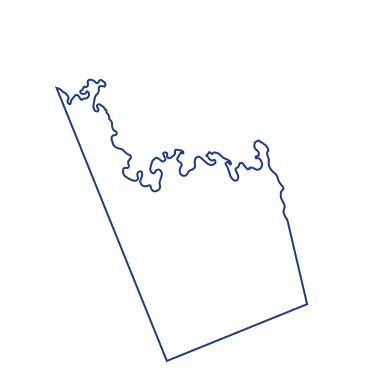 La Pedrera, Amazonas, Colombia (Natural Earth projection), rotated 338°
{"feature_id": "7082276B17674180496874", "entity_name": "La Pedrera", "entity_type": "district", "adm_level": 2, "iso_a3": "COL", "parent_name": "Colombia", "parent_adm1": "Amazonas", "projection": "natural_earth1", "projection_center": [-69.992, -1.195], "detail": "fine", "context": "isolated", "style": "outline", "palette": "blue", "viewbox_px": 384, "rotation_deg": 338, "n_neighbors": 0, "source": "geoboundaries", "source_scale": "gbopen_adm2", "svg_char_len": 6036}
<svg xmlns="http://www.w3.org/2000/svg" viewBox="0 0 384 384"><g transform="rotate(338 192 192)"><path d="M256.7,339.1L269.8,254.6L269.9,252.5L269.4,251.3L269.1,249.2L269.1,245.5L269.9,243.6L272.0,241.1L272.3,240.5L272.8,239.0L272.8,237.4L272.5,234.9L272.3,231.4L272.5,230.1L273.2,227.9L274.3,225.6L275.2,224.8L277.5,223.7L278.1,223.2L278.3,222.2L278.2,221.0L277.5,219.2L276.7,216.2L276.5,213.6L276.8,209.9L276.6,207.7L275.7,205.4L274.5,203.3L273.9,201.9L273.3,199.3L273.2,197.8L273.2,196.3L273.5,195.2L273.9,194.0L274.9,192.0L275.5,190.2L275.8,185.4L276.0,184.4L276.6,183.2L277.9,182.6L278.5,181.4L278.6,178.7L277.9,176.6L276.8,174.7L274.7,171.5L273.9,170.4L272.7,169.5L272.8,169.2L269.7,169.4L269.1,169.7L268.1,170.6L266.9,172.9L266.8,174.2L266.8,174.9L267.2,176.6L267.8,177.5L268.5,179.5L268.6,181.0L268.4,181.7L268.1,182.3L267.2,183.1L266.7,183.2L264.8,182.9L264.1,183.5L263.9,184.0L264.0,184.6L264.2,184.8L266.0,185.4L266.9,186.3L267.5,187.7L267.6,188.3L267.7,191.0L267.3,192.9L266.8,193.7L265.6,195.0L264.6,195.7L263.7,196.0L262.2,196.1L260.8,195.9L259.6,194.9L257.6,192.6L256.7,191.8L256.1,191.5L254.9,191.2L254.4,191.3L254.1,192.1L253.5,191.7L253.1,191.7L252.6,192.0L252.0,191.7L251.3,190.2L251.1,189.6L251.1,188.7L250.7,188.2L250.1,186.5L249.9,184.8L249.0,183.8L247.6,183.1L246.7,183.5L245.2,185.3L244.2,186.1L243.0,186.5L241.6,186.5L241.0,187.1L240.7,187.6L240.6,188.3L241.0,192.3L240.8,194.2L240.5,195.5L239.8,196.8L238.7,197.8L237.4,198.0L236.4,197.7L235.7,197.2L234.9,196.2L234.2,194.6L233.8,193.2L233.6,191.0L234.2,184.1L234.0,181.2L233.7,179.3L233.7,178.6L233.9,177.9L234.4,177.7L235.6,177.5L236.3,177.9L236.8,177.7L237.1,178.1L237.3,179.8L237.9,180.8L238.2,180.9L238.7,180.3L238.9,179.8L238.7,177.8L238.3,177.0L237.2,175.5L235.5,173.9L233.7,171.7L232.9,169.9L231.3,166.9L230.0,165.2L228.8,164.4L226.8,163.5L225.8,163.8L225.2,164.3L224.8,164.2L224.3,163.7L223.6,162.1L222.9,161.5L222.7,161.6L222.1,162.1L221.5,162.5L219.3,163.3L219.0,164.0L219.7,164.7L220.5,168.1L221.6,169.8L222.5,170.5L223.6,170.4L224.4,170.5L225.0,170.9L225.3,171.5L225.2,172.7L224.4,173.8L223.4,174.3L221.7,174.5L220.2,174.2L219.4,173.8L218.5,173.2L217.5,172.3L216.1,169.9L213.1,163.7L212.2,162.4L211.6,161.8L210.9,161.6L208.7,161.7L208.1,162.0L207.3,162.7L206.6,163.6L205.5,165.9L205.0,168.0L204.4,169.3L204.1,169.9L203.0,170.8L200.9,171.3L197.9,171.2L196.6,171.7L195.2,172.9L193.3,174.1L191.9,174.3L190.6,174.0L189.4,173.3L188.7,172.4L188.1,171.1L188.0,169.8L188.3,168.4L188.8,167.3L189.5,166.0L191.1,164.3L192.3,163.7L192.7,162.8L192.7,161.5L192.6,160.8L191.2,158.8L190.7,157.7L190.5,156.7L190.7,155.7L191.2,155.0L193.7,153.4L195.9,151.6L196.3,151.5L196.7,151.6L197.6,152.7L198.1,152.9L198.5,152.7L198.8,152.3L198.9,151.4L198.0,150.0L197.2,149.3L194.0,147.2L192.7,146.8L192.2,147.0L191.6,147.7L191.1,148.7L190.7,150.0L190.1,150.6L187.6,151.6L185.5,152.2L183.7,152.1L183.1,151.9L182.6,151.3L182.4,150.8L182.2,150.1L182.3,149.4L183.3,147.6L183.5,147.0L183.4,146.7L182.9,146.0L182.1,145.3L180.9,145.0L180.0,145.3L179.6,145.9L179.4,147.5L179.9,151.1L179.4,152.1L178.7,152.6L177.2,153.0L176.7,152.9L176.1,152.5L175.1,151.5L174.3,149.8L173.0,147.9L172.1,147.1L171.1,146.8L169.3,147.3L167.4,148.1L166.5,148.9L164.3,151.5L162.1,154.6L161.6,155.9L161.5,157.2L161.8,158.5L162.2,159.2L163.0,160.2L164.1,160.4L165.2,159.8L166.1,158.8L166.7,158.5L168.1,158.4L169.7,158.8L170.4,159.4L170.8,160.2L171.1,162.2L171.1,163.4L169.7,165.8L165.6,170.8L165.0,172.2L164.5,174.9L163.9,175.9L163.4,176.7L161.9,177.5L159.9,177.8L158.2,177.6L157.0,177.1L156.1,176.1L155.5,174.8L155.5,172.2L155.8,171.0L155.6,170.2L154.7,169.7L152.8,169.7L151.6,169.5L149.4,168.4L148.4,167.3L147.7,165.6L147.7,163.6L148.2,162.3L149.3,160.8L151.9,158.4L152.2,157.4L152.8,155.7L152.9,154.9L152.8,154.4L152.4,153.8L151.3,153.3L150.2,153.3L148.9,153.8L148.2,154.8L147.8,155.5L147.6,156.3L147.2,158.7L147.0,159.2L146.0,160.2L144.9,160.5L143.7,160.3L142.9,160.0L141.4,159.1L138.8,156.5L135.9,152.4L135.4,151.0L135.2,150.1L135.3,149.0L135.7,147.4L136.9,144.9L137.8,144.4L138.3,144.4L139.5,144.7L141.0,145.6L141.8,145.5L142.5,145.2L143.2,144.3L143.4,143.4L143.7,140.9L144.0,140.2L145.4,139.1L148.0,137.6L148.6,136.6L148.7,135.8L148.6,135.2L148.3,134.6L146.5,132.8L145.0,130.3L143.9,127.5L142.8,125.9L142.1,125.3L139.6,123.6L137.9,121.7L137.4,120.6L136.7,118.5L136.7,117.6L137.0,116.1L137.1,113.7L137.3,112.8L137.8,111.4L138.5,110.7L139.7,110.1L140.6,110.1L142.1,110.5L143.2,110.4L144.1,109.8L144.3,109.1L144.4,108.3L144.2,107.6L143.7,106.7L142.7,105.6L142.3,104.0L142.3,103.0L142.5,101.4L143.5,98.4L143.8,96.8L143.5,95.6L142.5,93.4L143.1,92.1L143.3,90.9L143.4,88.4L142.7,87.1L142.5,86.6L143.2,84.2L142.3,82.9L142.2,81.9L141.7,79.8L140.1,77.5L139.5,76.4L139.1,76.1L138.5,75.8L137.2,75.7L136.7,75.9L136.3,76.3L136.0,77.0L135.8,77.5L136.2,79.6L136.1,80.7L135.7,81.4L134.8,81.9L133.7,81.5L132.8,80.7L132.5,80.2L132.2,78.4L132.3,76.5L133.2,74.5L135.6,70.8L137.3,68.1L138.8,66.6L139.9,66.0L141.3,65.5L142.2,64.8L143.4,63.4L144.4,60.9L145.0,60.0L145.6,59.5L147.0,59.7L148.7,60.3L149.7,60.9L150.3,61.4L150.7,61.4L151.5,60.8L151.9,60.1L152.2,58.6L151.9,57.6L150.2,54.6L148.9,53.8L148.4,53.8L147.7,54.1L145.6,55.6L145.1,55.6L144.3,55.4L143.7,54.3L143.4,53.4L142.9,52.6L141.3,50.6L140.4,50.0L139.7,49.8L138.7,49.5L138.1,49.6L137.1,50.0L136.8,50.3L136.5,50.8L136.1,52.7L135.8,53.3L135.3,54.3L134.8,54.8L133.2,55.1L131.7,54.1L130.9,54.2L130.1,54.9L129.0,56.0L128.0,56.4L126.7,56.5L126.0,57.1L125.8,58.2L126.1,58.9L126.8,59.7L128.2,60.5L129.5,60.7L130.2,60.6L130.9,60.3L131.8,59.5L132.1,59.4L132.6,59.6L132.9,60.0L133.2,60.8L133.3,61.4L133.2,62.0L132.8,63.6L132.5,64.1L130.8,65.3L129.8,65.6L126.1,64.9L125.4,64.9L124.7,65.2L124.0,65.1L123.7,64.7L123.3,63.7L123.1,61.9L122.5,59.7L121.6,58.9L120.6,58.7L119.6,58.8L114.7,61.5L113.8,62.4L112.6,64.4L112.2,64.7L111.6,64.7L111.1,64.4L110.6,63.7L110.4,62.9L110.4,62.0L110.6,61.2L111.0,60.5L112.6,59.0L112.8,58.6L113.0,57.8L112.8,56.2L111.6,53.0L109.6,50.3L108.3,47.4L107.6,46.5L105.4,44.8L105.4,339.2L256.7,339.1Z" fill="none" stroke="#1e3a8a" stroke-width="2"/></g></svg>